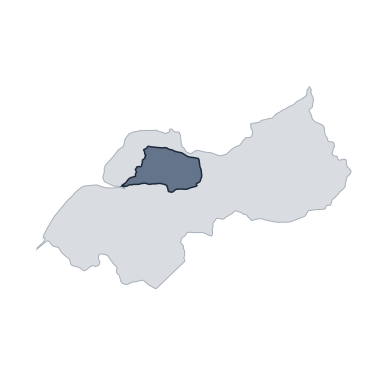 location of Upper Demerara-Berbice within Guyana, rotated 264°
{"feature_id": "GUY-673", "entity_name": "Upper Demerara-Berbice", "entity_type": "Region", "adm_level": 1, "iso_a3": "GUY", "parent_name": "Guyana", "parent_adm1": "", "projection": "natural_earth1", "projection_center": [-58.308, 5.539], "detail": "fine", "context": "in_parent", "style": "filled", "palette": "slate", "viewbox_px": 384, "rotation_deg": 264, "n_neighbors": 0, "source": "natural_earth", "source_scale": "10m", "svg_char_len": 5481}
<svg xmlns="http://www.w3.org/2000/svg" viewBox="0 0 384 384"><g transform="rotate(264 192 192)"><path d="M124.0,177.8L116.1,167.5L108.0,157.2L100.2,147.1L99.6,145.7L103.0,140.8L105.9,137.4L108.4,135.4L109.5,133.7L108.6,126.2L108.7,123.5L107.6,120.6L106.7,117.3L107.7,114.6L108.9,112.7L110.5,112.0L114.1,111.3L116.7,111.0L117.6,110.0L119.2,108.7L121.1,108.6L125.0,109.5L126.8,107.9L130.0,105.6L137.1,101.8L138.8,99.3L139.9,95.4L139.8,93.6L139.0,92.9L137.3,92.2L134.5,92.1L132.3,93.1L130.1,92.6L128.2,90.2L128.1,88.2L129.2,85.4L128.6,83.5L125.0,77.6L125.0,76.0L127.6,73.4L129.1,71.1L131.1,65.7L132.7,63.9L137.7,63.3L139.0,62.1L141.6,59.3L145.4,56.0L150.8,53.4L152.4,48.7L153.4,47.4L157.7,44.9L158.5,43.6L158.4,42.4L151.4,31.8L152.8,32.5L158.2,39.5L161.2,41.0L161.8,41.0L161.9,39.2L164.6,40.0L171.7,44.7L182.1,52.5L196.7,67.3L200.8,72.9L203.6,75.6L208.0,82.0L209.2,85.2L209.1,97.7L205.3,106.2L204.3,112.6L204.1,121.1L201.9,126.0L204.8,123.3L205.8,115.6L208.3,111.0L211.6,105.9L216.0,104.7L220.7,106.8L224.5,107.2L227.8,108.7L235.0,116.9L241.9,123.4L244.5,128.5L251.9,131.1L256.2,135.2L257.6,138.8L258.5,148.0L257.1,162.0L257.5,162.7L255.5,165.4L255.1,167.2L253.8,170.3L252.8,172.0L254.3,175.8L256.0,176.0L256.6,176.5L257.0,177.3L256.9,178.1L256.3,178.8L254.7,179.8L253.2,182.0L253.3,184.4L252.4,185.7L249.3,186.4L243.3,186.4L240.4,186.6L238.1,187.0L236.5,188.6L234.6,189.7L233.0,190.0L231.7,191.8L230.3,194.4L230.8,196.2L232.2,198.6L233.0,201.1L231.9,205.0L230.7,208.1L230.0,210.4L229.1,214.9L226.8,219.9L225.1,222.7L225.2,225.8L226.0,230.1L230.7,236.4L232.2,239.5L233.5,244.3L237.7,248.1L240.4,251.2L240.1,255.3L240.5,256.6L242.2,257.6L244.2,258.4L246.4,258.3L248.4,258.0L248.8,257.4L253.4,257.3L253.9,258.4L254.2,264.2L254.4,266.6L255.5,267.6L256.1,269.0L256.2,270.4L256.4,273.7L257.1,275.4L257.0,278.9L257.4,280.2L258.7,281.1L260.3,283.6L260.9,283.9L261.2,284.8L262.6,288.4L263.3,289.4L263.8,289.6L264.0,290.8L265.0,294.2L265.6,295.0L266.9,297.5L267.4,300.1L269.1,303.2L270.9,305.3L271.7,307.5L273.9,312.4L276.0,315.8L278.9,316.7L281.3,317.1L282.9,318.5L284.4,319.9L282.7,320.5L281.3,321.4L279.3,320.7L276.6,321.1L273.7,322.1L271.0,322.5L266.0,321.0L264.5,320.8L263.5,320.1L261.4,317.1L260.4,316.8L257.7,318.2L254.5,319.1L252.9,319.0L251.1,320.0L249.3,321.3L246.0,327.2L244.3,329.3L242.5,330.3L238.8,330.2L234.9,330.4L232.0,331.9L229.2,332.6L227.9,332.7L227.4,335.9L226.8,337.4L225.9,338.3L223.8,338.5L221.8,338.4L220.7,337.1L218.5,336.4L216.6,335.9L215.4,335.2L214.4,335.3L213.5,336.7L212.9,337.8L212.3,340.0L209.4,340.6L208.1,341.8L208.9,345.8L208.5,347.3L207.9,348.5L204.4,348.8L201.4,348.7L199.7,350.2L197.5,351.9L196.2,352.2L194.7,352.1L192.7,350.1L190.7,347.7L185.8,346.0L180.8,344.6L177.6,340.7L176.8,338.8L175.3,338.0L171.5,333.4L169.4,330.4L167.1,329.7L164.4,328.4L164.5,326.3L164.4,324.2L163.2,323.4L161.6,322.9L161.1,321.7L161.2,319.0L161.5,312.1L161.1,305.4L157.6,303.1L156.0,301.6L153.4,291.7L152.1,287.3L152.0,284.0L152.9,274.2L153.9,270.0L156.7,261.4L158.2,258.6L158.3,256.4L158.2,253.6L157.4,248.2L162.0,244.7L164.0,243.3L164.3,241.0L166.8,238.1L167.9,235.3L168.8,233.1L168.6,231.9L167.5,231.3L166.2,229.2L163.5,223.2L162.6,222.0L161.7,220.3L162.2,217.7L163.2,214.8L163.1,213.6L161.5,212.0L158.2,209.4L155.4,209.3L153.3,208.3L150.2,208.2L147.7,207.9L146.3,206.9L146.6,205.4L147.2,204.1L149.3,201.1L150.7,197.9L150.9,194.8L151.3,190.6L152.0,187.0L152.3,183.0L149.0,180.3L147.9,178.1L146.6,176.2L145.1,176.2L142.8,175.4L139.3,177.9L136.6,177.4L134.6,178.4L130.2,178.2L127.4,177.0L124.0,177.8Z" fill="#d9dde1" stroke="#a8b0b8" stroke-width="1"/><path d="M204.5,124.8L205.0,124.8L204.7,124.5L205.3,122.8L205.3,122.7L206.1,123.3L208.2,127.1L208.7,127.7L209.1,128.1L210.6,129.3L212.1,131.1L212.5,132.2L212.8,132.9L212.9,133.3L212.9,133.7L212.9,134.0L212.9,134.3L213.5,136.7L213.6,137.0L213.5,137.3L213.8,137.5L215.5,137.6L215.9,137.7L216.2,137.9L216.9,138.4L217.8,138.9L218.0,138.9L218.3,138.8L219.0,138.4L220.4,138.0L221.7,139.3L221.9,139.4L222.5,139.5L222.9,140.9L222.9,141.7L222.4,143.5L222.9,144.2L223.4,144.5L225.9,145.5L227.1,145.8L227.4,145.8L229.0,146.1L229.2,146.4L229.5,147.1L229.9,147.6L230.6,148.7L230.8,148.9L231.2,148.9L231.5,148.9L232.1,148.9L232.4,149.2L233.1,149.9L233.4,150.0L233.6,149.9L233.9,149.6L234.1,149.4L234.4,149.1L234.8,149.0L236.5,149.1L236.8,149.0L237.7,148.7L237.9,148.6L238.7,148.6L239.1,148.4L240.3,151.3L240.9,152.1L241.4,152.2L241.9,152.9L242.0,153.2L242.0,153.6L241.9,154.0L241.2,156.0L239.2,165.7L238.9,169.9L238.8,170.8L238.5,171.5L237.3,172.9L236.7,174.1L235.8,176.9L234.6,178.7L233.8,180.3L232.0,186.0L228.3,190.7L227.4,192.2L226.8,194.0L226.2,196.8L224.7,201.7L224.0,202.1L222.9,202.4L216.6,202.5L216.0,202.6L213.3,203.4L207.6,203.4L205.8,203.1L205.1,202.8L204.5,202.4L204.3,202.2L203.9,202.0L202.2,201.4L201.5,200.9L200.6,199.5L200.1,197.6L199.5,197.0L197.8,197.6L197.3,196.8L196.3,190.6L195.4,187.8L195.4,186.0L196.3,179.8L196.3,176.6L196.1,175.9L195.7,175.4L193.9,172.4L194.1,172.0L194.1,171.7L194.1,171.3L194.1,170.8L194.3,170.4L194.6,169.7L194.9,168.8L195.4,168.5L197.0,168.4L200.2,167.8L201.1,167.5L201.8,166.7L202.6,164.8L203.3,163.0L203.8,161.3L204.0,159.4L203.9,156.4L204.2,153.6L204.0,150.9L204.2,149.9L205.1,147.6L205.6,146.8L205.7,145.7L205.7,142.2L205.6,141.7L205.2,140.6L205.2,139.7L205.7,133.9L205.6,133.5L205.4,133.1L205.3,132.8L205.4,132.4L205.5,132.1L205.7,131.7L205.7,131.3L205.7,130.9L205.6,130.2L204.7,128.1L204.6,127.3L204.6,125.3L204.5,124.8Z" fill="#64748b" stroke="#1e293b" stroke-width="1.5"/></g></svg>